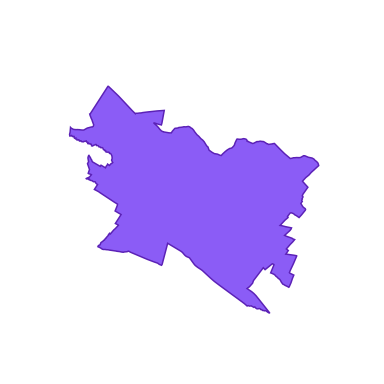 Scanteia, Iasi, Romania, rotated 308°
{"feature_id": "2599482B42529928400495", "entity_name": "Scanteia", "entity_type": "district", "adm_level": 2, "iso_a3": "ROU", "parent_name": "Romania", "parent_adm1": "Iasi", "projection": "mercator", "projection_center": [27.593, 46.925], "detail": "fine", "context": "isolated", "style": "filled", "palette": "violet", "viewbox_px": 384, "rotation_deg": 308, "n_neighbors": 0, "source": "geoboundaries", "source_scale": "gbopen_adm2", "svg_char_len": 5975}
<svg xmlns="http://www.w3.org/2000/svg" viewBox="0 0 384 384"><g transform="rotate(308 192 192)"><path d="M91.0,151.6L91.6,154.2L91.7,156.5L92.1,157.5L93.3,159.0L93.6,159.7L94.9,161.6L95.3,162.5L98.6,168.3L99.1,169.4L100.4,171.5L101.3,173.4L102.2,174.9L103.3,175.8L105.0,177.6L106.1,178.2L106.4,178.7L106.7,180.7L111.4,198.2L113.6,205.3L114.8,208.8L114.8,210.5L115.1,211.8L115.5,213.1L116.6,213.0L136.6,204.4L138.5,219.6L138.5,221.6L137.8,225.0L137.7,226.4L137.8,227.5L138.6,230.5L136.4,238.2L136.1,239.8L136.1,242.7L136.4,246.2L136.5,248.4L135.5,260.4L135.3,264.6L135.4,271.0L136.3,302.0L136.1,305.6L136.4,305.7L137.2,306.4L137.4,307.3L137.6,307.7L138.7,308.7L139.2,311.8L139.9,312.0L140.1,312.3L139.8,313.8L139.9,315.0L140.5,315.9L141.1,316.3L141.8,317.1L141.9,317.5L141.7,318.6L142.2,319.3L142.1,320.5L142.7,321.4L142.9,322.2L143.6,322.7L143.8,323.1L144.0,326.6L144.2,327.3L144.4,327.5L144.6,327.4L146.5,319.6L149.7,306.2L149.9,304.7L150.1,303.2L150.2,300.7L149.8,294.8L151.7,295.2L152.5,295.6L157.4,295.9L160.0,295.0L176.2,294.8L175.8,297.4L184.9,299.5L185.3,301.1L185.1,301.4L176.7,303.8L177.1,305.1L177.6,307.2L177.6,308.9L177.3,309.8L177.3,312.0L177.0,313.2L177.2,314.7L176.8,316.1L175.9,318.1L175.3,320.4L175.6,321.3L175.7,322.8L176.3,325.3L176.5,326.9L177.0,327.0L181.4,325.9L185.6,324.4L189.2,323.4L188.3,319.2L188.3,318.7L188.4,318.4L191.2,317.6L198.2,316.0L206.1,313.9L206.2,313.7L204.8,311.0L201.5,305.3L200.8,304.2L205.2,303.9L205.2,301.4L211.3,301.7L214.7,302.1L217.7,302.2L217.1,300.1L217.2,299.6L216.9,298.5L215.3,293.8L214.8,291.7L222.0,292.9L223.7,292.9L225.0,292.5L222.3,287.1L220.5,283.0L219.9,282.0L227.0,282.6L231.0,283.4L231.2,283.2L231.4,282.4L231.6,282.3L235.9,282.3L236.7,283.0L237.3,284.8L237.4,285.8L237.3,287.4L237.6,288.5L237.8,292.1L241.4,292.4L247.3,292.5L248.1,292.3L248.5,291.7L248.6,290.9L248.5,289.7L248.6,288.7L248.8,287.9L250.0,284.8L252.5,284.7L252.9,283.6L254.3,283.3L254.4,282.9L256.5,282.5L256.8,281.3L258.5,280.8L267.1,280.4L268.3,273.5L268.6,272.4L273.5,272.8L277.4,273.7L280.8,273.9L290.8,275.6L291.8,274.3L292.4,273.3L292.7,271.5L292.7,269.2L293.0,268.1L292.8,266.1L292.5,265.3L291.0,262.3L290.2,259.3L290.0,258.6L289.3,257.6L286.5,256.5L285.5,255.8L284.5,254.6L283.7,253.4L282.3,251.9L281.4,250.8L280.3,250.1L278.9,248.8L279.2,241.3L279.8,236.0L281.0,227.1L279.9,226.0L279.7,226.0L276.6,223.0L276.5,221.8L276.3,221.6L276.1,221.2L276.1,219.9L275.8,217.4L275.3,216.5L275.0,216.3L274.5,215.2L274.0,214.4L272.4,213.1L272.2,212.7L271.8,212.4L271.7,212.1L268.4,210.6L267.6,210.0L266.8,207.2L266.4,205.5L266.2,205.1L266.4,204.6L266.2,204.2L266.3,204.2L266.4,203.7L266.7,203.3L266.9,202.2L266.5,201.1L266.1,200.3L265.6,199.6L264.0,198.4L262.8,197.0L261.5,194.9L260.8,194.9L257.6,195.6L254.7,196.6L252.0,196.4L251.4,196.3L250.5,195.8L249.5,194.9L246.9,193.9L244.4,193.3L240.7,192.7L238.8,192.6L238.7,192.3L238.2,191.6L237.6,188.9L236.0,186.0L235.6,183.1L235.5,179.8L235.9,179.0L237.3,176.9L237.4,175.1L239.1,170.6L239.5,168.4L239.5,166.1L240.1,163.0L240.2,160.6L241.1,157.0L241.8,155.0L242.1,153.0L241.9,151.8L241.9,150.1L241.4,148.7L239.8,147.3L239.1,146.5L238.5,145.5L236.8,144.1L236.1,143.3L235.4,142.7L234.9,142.0L234.3,141.8L232.7,140.6L232.6,140.2L231.5,139.3L227.8,139.1L225.9,139.3L225.0,138.2L224.6,137.7L222.3,133.4L222.0,133.1L222.0,132.5L221.8,132.3L221.5,131.3L221.3,130.0L221.5,129.1L221.5,128.6L221.9,126.6L222.3,125.8L222.2,125.2L222.6,123.2L222.6,122.0L222.9,119.0L224.9,124.3L226.0,126.6L227.9,125.8L239.2,119.9L234.3,114.5L227.4,107.4L224.2,104.2L222.8,103.1L222.4,102.5L220.5,100.6L219.4,99.2L218.8,99.2L219.3,94.9L222.4,75.0L223.8,61.1L223.5,60.7L191.6,63.6L190.9,63.7L190.5,63.4L189.7,64.4L187.9,67.4L187.3,68.7L186.7,69.5L184.4,73.2L182.9,73.8L181.9,73.4L181.7,73.1L181.3,72.7L177.9,70.1L174.3,68.6L173.7,68.0L172.3,65.9L172.0,65.2L171.8,65.0L170.9,63.6L169.6,62.0L168.4,60.1L168.0,57.8L168.0,57.2L168.1,56.5L164.1,59.1L162.1,60.0L160.9,61.2L161.5,61.9L162.4,62.3L162.4,62.8L162.1,63.2L162.2,63.8L162.5,64.3L163.1,64.6L163.2,64.9L162.2,65.8L162.1,66.3L162.2,66.8L162.9,67.2L162.2,67.7L162.5,68.5L162.7,68.9L162.2,69.4L162.7,70.0L163.3,70.4L163.4,70.8L163.4,71.1L163.0,71.4L163.2,71.9L163.0,72.2L163.1,72.4L163.6,72.4L163.8,72.7L164.0,73.1L163.7,73.9L164.1,74.5L164.4,75.3L164.8,75.6L165.5,75.7L165.9,76.4L167.1,77.2L166.5,78.2L166.9,78.9L167.0,79.3L167.0,79.6L166.0,80.0L166.1,80.5L166.9,81.2L167.2,81.7L167.2,81.9L167.0,82.2L167.6,83.0L167.2,83.9L166.6,84.3L166.7,85.0L167.4,85.5L167.9,85.6L170.1,86.8L170.4,87.2L170.4,87.5L169.9,88.0L169.9,88.4L170.2,88.7L170.7,89.5L170.7,89.9L170.4,90.7L170.3,91.1L170.7,91.4L170.9,91.9L171.0,92.2L170.8,92.9L170.8,93.1L171.2,93.3L171.7,93.9L171.7,94.9L171.1,95.7L170.9,96.2L171.2,96.8L171.1,97.1L171.3,97.5L170.9,97.8L171.3,98.7L171.1,99.0L170.8,99.2L170.6,99.6L171.3,100.8L172.0,101.7L172.2,102.2L172.1,102.8L171.6,103.2L171.7,103.5L172.1,104.0L172.0,105.0L171.1,106.7L169.7,108.1L168.9,108.6L167.6,109.0L167.1,109.9L166.4,111.4L165.8,111.2L165.1,111.2L164.2,110.7L162.1,110.6L162.0,108.3L161.0,108.6L159.7,108.5L157.8,108.9L157.1,103.8L155.7,103.9L154.5,95.1L154.6,94.5L155.4,93.4L156.0,91.6L156.5,90.9L157.4,88.2L157.1,88.1L155.3,88.7L154.6,89.2L152.1,91.9L150.0,92.2L146.6,97.4L142.8,98.7L142.8,99.2L143.7,101.7L143.7,102.1L140.9,102.0L139.9,101.6L137.7,100.4L137.4,100.4L137.4,100.9L137.6,101.2L138.2,101.9L138.5,102.1L138.6,102.4L138.3,102.6L138.3,102.8L138.8,102.7L139.0,102.9L139.0,103.3L138.5,104.0L138.9,105.5L139.4,106.2L139.4,107.8L139.6,108.3L140.3,109.1L140.4,109.7L140.0,110.2L139.7,111.2L139.7,113.0L135.9,113.3L133.9,113.5L134.6,117.2L136.2,137.4L136.6,140.8L135.2,141.5L129.7,143.1L130.6,150.0L120.0,151.0L120.6,154.2L120.5,154.5L115.9,154.1L113.9,153.7L108.7,153.5L108.8,152.5L107.1,152.4L107.0,152.8L103.0,152.5L102.8,152.7L101.7,152.4L100.1,152.6L99.5,152.1L98.2,152.1L97.8,151.9L96.1,151.4L95.2,151.6L94.9,151.8L94.5,151.8L93.9,152.1L92.6,151.4L92.0,151.3L91.7,151.3L91.6,151.6L91.0,151.6Z" fill="#8b5cf6" stroke="#5b21b6" stroke-width="1.5"/></g></svg>